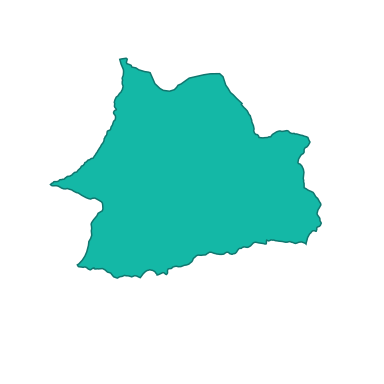 outline of Ura, Bumthang, Bhutan, rotated 297°
{"feature_id": "84629894B11205688340318", "entity_name": "Ura", "entity_type": "district", "adm_level": 2, "iso_a3": "BTN", "parent_name": "Bhutan", "parent_adm1": "Bumthang", "projection": "orthographic", "projection_center": [90.899, 27.459], "detail": "fine", "context": "isolated", "style": "filled", "palette": "teal", "viewbox_px": 384, "rotation_deg": 297, "n_neighbors": 0, "source": "geoboundaries", "source_scale": "gbopen_adm2", "svg_char_len": 5967}
<svg xmlns="http://www.w3.org/2000/svg" viewBox="0 0 384 384"><g transform="rotate(297 192 192)"><path d="M80.9,160.8L80.9,161.2L81.1,162.2L81.2,163.6L81.5,164.7L83.6,166.0L85.2,168.2L87.0,169.6L87.5,171.4L88.2,172.9L88.7,174.4L88.7,175.2L88.9,175.7L89.0,176.8L91.4,178.9L92.0,180.6L92.1,183.7L92.2,184.8L96.9,185.6L99.6,186.5L100.6,187.0L101.6,187.6L103.0,189.2L103.5,189.5L103.7,190.1L103.8,191.0L104.1,191.8L104.3,192.6L104.2,194.8L103.9,195.7L103.4,196.5L102.8,198.1L102.2,198.5L102.5,199.0L103.2,199.7L106.9,202.6L107.3,203.7L107.1,204.8L106.8,205.5L106.8,206.3L106.9,206.7L108.2,207.0L108.9,206.9L110.9,205.8L111.6,205.7L112.5,205.7L112.9,205.9L113.2,206.3L114.3,208.1L114.8,208.5L115.9,208.8L116.5,209.1L117.9,210.5L118.8,211.9L119.2,213.7L120.5,216.0L123.2,218.4L124.3,220.0L125.9,221.6L126.4,222.0L128.4,222.8L129.6,223.4L131.0,223.6L133.2,223.4L134.2,223.7L135.0,224.1L137.2,224.9L137.9,225.4L138.6,226.2L139.8,229.0L140.7,230.2L142.0,232.4L142.4,232.8L143.8,233.4L145.2,234.3L146.3,234.9L147.1,236.6L147.4,239.4L148.0,241.8L148.0,242.3L148.5,243.4L149.0,245.0L150.1,247.1L150.7,247.9L151.1,248.5L153.1,249.5L154.2,250.4L154.7,251.7L154.6,252.4L154.2,253.5L154.3,254.1L154.6,255.7L154.9,256.2L156.0,257.1L156.3,257.5L156.4,257.9L157.2,258.5L158.8,259.0L159.5,259.0L161.9,259.3L162.8,259.6L163.4,260.0L163.8,260.9L164.0,261.3L164.4,261.6L165.5,262.0L166.2,262.8L166.7,263.1L167.7,266.3L168.7,267.5L169.4,267.8L170.5,268.6L173.9,269.6L174.7,269.9L175.4,270.5L176.2,271.6L177.0,274.7L177.9,277.3L178.5,279.0L178.8,280.7L179.4,281.6L179.8,281.6L182.4,280.5L183.0,280.4L183.2,282.5L183.8,283.1L185.1,284.1L185.3,284.4L185.6,285.5L186.3,286.7L186.5,288.4L187.0,289.7L187.7,291.9L188.9,294.9L189.7,298.1L190.6,299.7L192.0,301.2L192.3,302.0L192.5,303.7L192.8,304.6L192.9,306.4L193.1,307.5L194.3,308.8L195.2,309.5L195.9,310.2L197.0,311.9L197.3,312.5L197.6,315.1L197.7,316.4L197.4,317.2L199.1,316.7L202.2,316.1L202.8,315.9L204.1,315.7L208.0,315.8L209.5,316.4L210.3,316.5L211.5,316.8L212.2,317.2L213.1,318.6L213.2,320.1L213.5,320.5L215.5,320.1L215.8,319.9L216.1,319.7L216.7,319.5L217.1,319.5L217.7,319.6L219.0,320.9L219.8,321.3L220.8,321.5L222.9,321.3L223.3,320.9L224.5,319.1L226.2,318.1L226.8,317.5L228.6,314.1L229.4,313.3L230.2,313.0L231.4,312.8L232.3,312.5L233.9,312.4L235.5,312.6L238.9,312.7L239.6,312.3L240.4,311.5L240.8,310.6L243.2,307.1L243.5,306.5L243.6,305.4L244.4,303.7L245.7,301.8L246.6,300.1L246.6,298.2L246.4,295.4L246.4,294.0L246.7,292.2L246.7,290.0L250.6,287.9L251.7,286.8L253.1,286.2L254.5,285.0L260.3,282.8L262.8,280.9L265.0,278.1L265.9,275.8L265.7,274.0L266.3,273.0L269.8,272.0L274.2,272.3L276.2,273.2L276.8,273.7L278.4,273.8L280.7,272.6L282.1,272.6L283.2,272.9L284.1,273.8L285.1,274.1L286.6,274.4L288.9,274.5L289.7,274.5L290.2,274.3L291.2,272.7L293.2,270.5L293.2,269.0L292.7,266.6L292.6,264.9L292.0,263.0L291.3,259.1L290.5,257.5L290.6,256.3L289.8,255.2L289.4,254.1L289.3,252.0L290.0,250.4L290.0,249.6L289.8,248.7L287.2,245.3L286.6,244.1L286.4,242.8L285.9,242.0L284.9,240.9L283.9,240.0L279.9,237.6L278.3,237.2L277.1,237.2L276.7,236.8L276.1,235.5L274.8,234.5L273.5,232.2L272.4,230.7L271.3,227.8L271.0,226.9L271.7,226.4L272.3,225.6L272.7,224.6L272.7,223.6L272.2,222.7L272.9,220.9L274.5,219.2L276.3,218.7L279.0,216.6L281.6,213.5L283.2,212.5L284.7,210.8L286.4,209.3L287.0,207.6L289.3,204.5L290.4,201.6L290.7,200.3L291.0,199.6L291.6,198.0L292.5,196.2L293.6,196.4L295.6,189.4L297.3,184.6L298.1,181.1L300.8,176.9L302.5,173.6L308.8,167.3L310.0,162.9L305.6,154.6L301.8,149.3L292.2,137.8L283.3,133.2L280.8,131.1L278.3,130.8L275.1,129.8L271.6,126.2L269.5,120.2L269.7,116.4L271.7,109.7L274.4,106.5L279.3,100.5L279.0,98.7L277.8,95.2L276.7,89.1L277.1,85.7L276.0,81.7L277.2,80.3L277.2,78.6L276.8,75.7L277.7,74.7L281.0,74.0L281.3,72.6L278.5,68.7L277.4,67.4L273.8,70.7L270.1,75.1L269.0,75.9L267.9,76.5L264.7,77.8L262.3,78.0L261.5,78.2L260.1,79.4L258.5,79.8L256.6,80.8L255.3,82.3L254.6,82.7L254.0,82.9L252.4,83.2L251.9,83.5L250.7,83.3L249.4,83.4L249.0,83.4L246.9,82.7L243.7,82.3L242.6,81.6L242.1,81.4L239.1,81.5L237.6,81.8L236.5,82.1L235.7,83.0L233.8,83.7L233.1,84.0L232.5,84.7L231.5,86.8L231.2,87.1L230.7,87.1L229.9,86.4L229.2,86.0L228.0,85.9L227.5,85.9L226.8,86.3L226.5,86.5L226.0,87.3L225.3,88.9L224.9,89.3L223.2,90.3L221.5,90.7L221.0,90.7L220.1,90.2L218.9,90.1L215.5,90.7L213.3,90.4L210.8,91.0L210.4,90.9L209.7,90.6L208.6,89.5L207.7,89.0L206.8,89.2L205.1,89.8L204.3,90.0L203.4,90.0L202.1,89.5L201.2,89.7L199.4,89.6L198.4,90.1L196.9,90.4L194.8,90.3L193.3,89.9L192.4,89.9L190.4,89.9L188.8,89.6L187.5,89.6L186.4,89.4L184.3,89.4L183.1,89.1L180.9,89.0L179.5,88.7L177.6,88.6L177.1,88.4L176.8,88.0L176.1,87.0L174.4,86.2L173.4,85.1L173.1,84.8L171.1,84.3L170.5,84.0L169.7,83.3L169.2,83.2L168.1,83.4L166.1,82.9L165.0,81.9L164.3,81.7L163.4,81.8L162.3,81.6L159.7,80.6L157.7,80.3L157.2,80.0L156.4,78.8L155.9,78.3L154.8,78.0L153.8,77.5L152.7,77.3L152.3,77.1L151.6,76.5L150.9,76.2L150.0,75.0L149.4,74.0L148.9,73.6L148.3,73.6L147.3,72.8L145.7,72.4L145.4,72.2L145.1,71.9L144.5,70.8L144.0,70.4L143.0,68.8L142.5,68.5L141.2,68.2L140.0,67.0L138.8,64.7L138.3,64.2L137.2,64.0L136.0,63.1L134.4,62.5L134.0,63.9L134.3,65.1L136.0,68.2L136.5,70.2L136.3,74.2L136.6,76.3L137.4,78.0L138.5,79.3L138.9,82.0L139.3,83.7L139.0,86.3L139.0,89.2L139.5,91.1L139.0,95.3L138.9,100.3L139.2,103.1L139.7,104.9L141.1,106.0L142.5,108.2L142.4,112.8L142.1,116.0L141.3,117.3L139.1,118.8L136.5,120.3L134.5,120.6L130.4,118.0L127.7,118.1L122.5,116.9L119.1,116.5L117.6,116.7L115.4,118.3L113.7,119.3L111.7,119.9L108.0,122.3L104.5,122.8L101.0,122.6L97.3,124.0L90.9,125.4L86.2,125.7L81.4,125.2L76.5,123.8L75.0,122.9L74.0,124.5L74.0,125.0L75.1,128.0L75.4,129.0L75.6,129.4L76.3,130.1L76.7,131.0L76.8,131.5L76.7,132.9L76.4,134.0L76.3,134.5L76.4,136.5L76.6,136.9L78.5,137.9L79.3,138.5L79.6,138.8L79.8,139.3L79.3,139.6L79.3,140.3L79.7,141.2L80.6,142.4L81.0,143.6L82.6,146.1L83.2,147.3L83.1,150.1L82.6,151.8L82.3,153.0L82.5,154.2L82.9,156.3L81.3,159.7L80.9,160.8Z" fill="#14b8a6" stroke="#0f766e" stroke-width="1.5"/></g></svg>